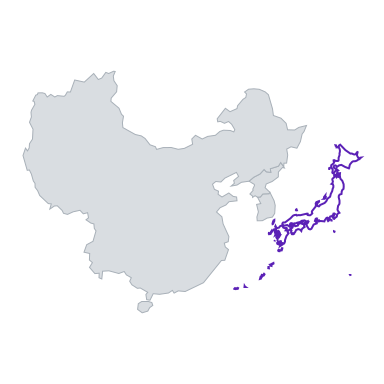 Japan highlighted, orthographic projection
{"feature_id": "JPN", "entity_name": "Japan", "entity_type": "country or territory", "adm_level": 0, "iso_a3": "JPN", "parent_name": "Asia", "parent_adm1": "", "projection": "orthographic", "projection_center": [135.292, 34.888], "detail": "fine", "context": "with_neighbors", "style": "outline", "palette": "violet", "viewbox_px": 384, "rotation_deg": 0, "n_neighbors": 3, "source": "natural_earth", "source_scale": "50m", "svg_char_len": 9398}
<svg xmlns="http://www.w3.org/2000/svg" viewBox="0 0 384 384"><path d="M280.7,162.5L284.4,168.0L282.5,167.5L278.4,172.0L278.3,176.9L272.3,181.4L266.2,184.0L265.1,187.7L269.9,192.3L269.0,193.9L262.8,194.2L260.4,197.2L257.6,197.3L255.1,195.7L252.6,197.4L252.6,196.1L249.9,194.0L253.1,190.4L252.8,189.1L254.5,185.5L254.3,184.4L249.0,181.2L253.8,177.2L260.0,174.0L264.1,169.5L266.3,171.8L270.8,172.4L270.3,168.7L278.4,166.2L280.7,162.5Z" fill="#d9dde1" stroke="#a8b0b8" stroke-width="1"/><path d="M257.6,197.3L260.4,197.2L262.8,194.2L269.0,193.9L269.9,192.3L274.1,200.8L275.2,205.4L274.7,213.4L272.4,217.1L267.1,218.1L262.4,220.7L257.2,220.8L256.9,217.0L258.4,211.9L256.6,204.4L260.8,203.6L257.6,197.3Z" fill="#d9dde1" stroke="#a8b0b8" stroke-width="1"/><path d="M142.2,312.8L137.6,309.4L138.3,303.7L141.7,301.5L148.4,301.5L151.8,302.5L152.8,305.4L149.7,307.6L147.8,311.1L142.2,312.8ZM65.3,95.4L67.3,91.9L70.4,92.0L74.7,80.0L84.3,82.1L93.7,73.5L98.3,79.5L101.7,78.1L105.8,72.4L108.7,73.5L113.7,71.2L115.2,71.5L113.3,76.0L113.9,80.7L117.2,85.7L116.6,91.8L111.2,98.1L110.9,101.4L119.0,108.2L121.5,114.3L123.5,116.2L122.4,122.8L122.9,127.6L135.3,134.5L141.3,135.9L145.1,138.5L150.0,144.8L155.4,146.7L156.6,149.4L163.1,147.6L171.2,147.5L178.2,149.3L184.3,148.4L192.6,144.3L191.8,139.0L195.5,135.3L202.2,139.0L207.7,136.4L215.4,135.3L219.8,131.5L223.5,130.2L230.3,130.5L233.8,131.9L234.8,129.6L231.6,124.2L228.5,121.5L224.5,123.3L220.4,121.4L217.7,121.8L217.2,118.8L225.4,108.3L230.0,111.7L237.0,108.6L237.6,105.7L243.0,99.3L245.8,97.5L246.5,93.9L244.6,92.0L248.6,89.2L253.9,88.8L259.3,89.3L265.2,91.9L268.4,94.7L272.5,108.8L273.4,115.5L281.0,118.2L286.1,123.3L287.6,129.8L294.7,130.0L298.8,127.4L306.5,125.5L304.0,131.6L302.1,134.1L300.4,141.6L296.9,148.2L291.0,146.8L286.7,149.1L287.7,155.0L286.6,163.1L283.9,163.2L283.8,166.7L280.7,162.5L278.4,166.2L270.3,168.7L270.8,172.4L266.3,171.8L264.1,169.5L260.0,174.0L253.8,177.2L249.0,181.2L241.4,182.3L237.1,185.0L231.1,186.1L234.4,183.3L233.7,180.5L238.6,176.4L236.4,172.4L224.9,178.1L220.9,182.0L215.8,181.5L212.5,184.2L214.4,189.3L218.5,191.2L218.1,194.3L222.0,197.0L228.8,193.0L233.2,196.4L236.6,197.0L237.0,200.8L229.0,201.7L225.9,205.0L220.1,207.7L216.5,212.0L221.9,216.8L223.1,223.9L228.9,236.6L228.2,241.7L224.3,243.1L225.3,247.0L228.5,249.6L224.8,260.3L221.4,260.5L203.5,282.7L185.2,291.5L178.2,290.9L174.1,293.1L172.4,290.4L168.5,293.0L159.6,294.3L153.2,293.7L150.0,300.2L146.7,299.7L145.9,294.5L147.7,292.3L140.3,288.0L137.3,288.3L131.9,284.8L129.7,281.3L131.3,277.7L126.4,274.9L124.2,271.5L118.8,273.5L108.9,270.8L102.6,271.2L101.8,279.0L99.0,277.7L99.2,273.2L94.9,273.6L89.5,267.4L92.4,262.6L89.4,260.0L89.7,253.5L84.0,252.2L86.7,244.7L93.0,241.3L96.0,230.9L94.3,228.4L93.9,223.9L90.9,223.1L86.0,219.8L88.5,217.8L87.6,212.7L83.3,213.8L80.0,210.3L73.2,211.8L67.5,214.4L63.5,213.3L62.2,210.5L57.3,205.8L54.4,206.0L49.8,209.1L51.3,203.9L48.3,203.6L39.7,195.5L37.6,190.6L35.1,187.3L35.0,183.4L33.3,180.9L31.4,174.1L29.4,170.0L27.2,170.3L23.0,155.5L25.5,148.1L27.5,150.9L29.2,147.9L29.5,143.7L32.5,139.1L33.0,129.2L29.5,122.3L31.4,117.0L31.0,112.3L31.6,110.1L34.9,104.3L34.1,101.4L32.8,101.0L35.8,95.1L37.4,94.6L38.0,92.9L42.3,92.8L44.9,93.5L47.2,97.0L50.8,94.4L54.8,97.0L57.4,95.6L64.1,96.3L65.3,95.4Z" fill="#d9dde1" stroke="#a8b0b8" stroke-width="1"/><path d="M338.8,173.4L340.0,173.2L339.8,175.3L340.2,177.9L340.4,178.7L342.3,180.8L343.6,184.2L343.7,186.7L343.5,188.9L342.3,190.0L341.7,191.5L341.5,194.0L339.6,194.6L338.8,195.9L338.7,197.3L339.5,200.6L339.5,203.1L339.4,203.9L338.1,205.9L337.5,209.4L337.8,210.6L339.4,212.8L338.1,213.4L337.1,214.5L336.9,216.2L336.6,216.8L335.0,217.9L334.2,218.9L333.8,218.8L333.5,218.5L333.8,218.1L333.6,216.1L335.0,214.0L334.4,213.5L333.5,213.6L333.2,214.8L332.5,215.4L332.7,216.0L333.1,216.5L332.8,217.2L331.6,216.2L330.3,216.4L329.7,217.3L329.5,219.5L328.9,220.5L328.1,221.1L327.7,220.5L327.8,218.6L328.4,218.2L327.3,217.6L326.5,217.9L324.7,220.4L324.4,221.4L320.7,221.0L317.9,221.6L319.2,220.7L319.1,220.3L317.7,220.3L317.3,219.9L317.2,220.7L316.8,220.6L316.7,218.9L316.9,218.5L316.4,218.4L315.7,218.8L314.9,221.0L316.9,222.7L316.8,223.4L313.7,224.5L311.4,228.8L310.1,229.4L308.7,228.9L306.8,225.7L306.6,223.8L307.8,222.9L308.5,221.5L308.1,221.2L306.3,221.4L304.6,220.4L301.7,220.8L300.1,222.0L297.1,222.7L295.3,223.5L294.6,223.3L292.5,223.9L291.2,223.1L290.6,223.3L290.1,223.9L289.5,226.6L287.2,225.0L284.2,225.7L283.3,225.1L282.4,225.4L282.4,223.4L283.1,222.5L285.1,222.4L290.4,218.4L293.0,215.7L294.3,215.1L296.2,214.8L296.8,215.5L298.2,215.1L300.3,215.2L307.1,213.6L307.6,213.7L307.4,214.7L307.9,215.1L310.0,215.3L311.2,214.5L312.3,213.4L311.8,211.9L312.1,211.0L315.6,206.6L315.9,205.1L315.7,203.4L316.4,202.1L319.0,201.1L319.1,201.7L316.7,203.9L317.2,204.6L317.4,205.9L318.7,206.4L319.2,206.3L320.1,205.0L324.6,203.0L326.3,201.2L327.6,198.6L330.1,196.7L330.8,193.9L332.2,191.1L332.7,188.7L333.3,187.4L333.4,185.9L332.9,184.3L331.6,183.9L332.4,183.2L332.9,181.5L332.3,179.6L332.5,178.7L334.1,177.4L334.3,176.2L334.1,175.2L334.5,174.7L335.8,174.9L336.2,176.9L336.5,177.4L337.5,176.5L338.5,176.9L339.0,176.1L339.0,174.6L338.7,174.4L336.7,175.2L336.6,174.4L337.2,172.6L338.8,173.4ZM350.4,153.6L351.8,153.5L353.8,154.4L354.9,154.5L355.7,154.0L357.8,151.4L357.0,154.7L357.0,155.4L357.3,156.1L358.6,158.4L359.3,158.5L360.2,157.7L361.0,157.6L360.0,158.4L359.5,159.2L358.7,159.3L356.7,160.7L355.3,161.2L353.1,161.3L352.0,162.0L350.2,164.1L349.6,165.4L349.2,167.8L348.9,168.4L345.0,166.9L341.4,164.9L339.2,165.3L337.1,166.8L335.6,165.4L334.4,165.5L333.8,166.3L333.7,167.3L334.8,168.4L335.9,168.4L338.2,170.5L337.4,171.0L335.7,170.5L333.8,173.1L333.2,173.4L332.6,173.1L332.3,172.4L332.8,170.0L332.4,169.0L331.2,167.6L331.2,165.5L331.4,165.0L332.5,164.3L334.0,162.7L334.2,162.1L333.7,161.3L333.6,160.3L334.1,160.1L335.8,160.9L337.5,161.0L338.3,160.8L338.6,160.2L338.6,157.7L339.6,155.0L339.5,153.4L339.9,151.8L339.9,150.2L339.5,148.7L338.7,147.3L339.0,145.5L340.2,144.7L345.4,150.1L350.4,153.6ZM283.2,227.5L284.9,228.3L286.2,227.8L286.8,228.2L286.9,228.9L285.8,230.4L287.9,230.6L287.6,231.6L288.2,232.1L287.9,232.6L288.5,233.3L286.4,236.1L285.0,240.1L285.0,241.6L284.2,243.4L282.6,243.1L282.4,243.5L282.7,244.4L280.2,246.0L280.9,244.2L280.5,242.1L281.0,241.8L280.9,241.2L280.2,241.1L279.6,242.1L279.4,243.2L280.0,244.2L279.7,244.8L277.4,243.9L277.1,243.1L278.0,242.8L278.2,241.8L277.5,240.6L277.6,238.3L278.8,237.5L280.4,234.8L279.6,234.5L280.0,234.0L279.9,233.3L279.0,231.4L278.2,230.8L277.6,231.2L277.8,233.0L278.6,233.1L278.7,234.1L278.1,234.3L277.0,233.6L275.3,234.9L275.7,233.8L274.9,232.7L274.9,231.4L275.7,232.6L276.7,233.0L276.2,231.8L274.4,230.2L274.6,229.4L276.0,229.6L275.9,228.8L278.0,227.8L279.1,227.6L279.9,226.3L281.2,225.7L282.6,226.1L283.2,227.5ZM302.4,224.0L304.0,224.2L304.2,226.8L304.5,227.0L302.4,228.5L301.6,229.7L301.3,231.0L300.0,229.6L298.1,229.1L296.0,230.1L295.2,232.0L294.4,232.7L294.2,233.7L293.1,234.3L292.2,234.2L292.6,233.2L291.4,233.1L291.4,232.5L291.0,232.1L291.5,230.5L290.9,230.2L291.0,229.5L288.7,230.1L292.4,227.7L293.2,225.6L294.1,225.0L295.2,226.2L295.6,226.1L297.8,225.6L298.2,224.8L298.0,224.0L298.6,224.0L300.0,223.3L300.7,223.2L302.4,224.0ZM263.9,275.4L261.4,276.6L261.6,277.4L260.9,277.9L260.9,278.6L260.0,278.9L260.6,276.6L262.0,275.6L261.7,275.4L261.8,274.9L263.0,275.2L264.0,273.8L264.5,274.3L263.9,275.4ZM324.6,198.8L323.9,198.8L324.2,198.6L324.4,197.8L324.0,197.6L324.0,197.1L325.3,195.4L325.1,197.0L325.8,197.1L325.4,198.2L324.6,198.8ZM271.9,264.6L271.3,265.6L270.1,264.7L273.4,263.0L273.5,263.6L271.9,264.6ZM277.7,236.6L276.5,237.6L276.3,237.2L276.6,236.9L276.4,236.5L276.7,235.3L277.6,235.2L277.7,236.6ZM305.7,223.8L305.0,224.4L304.5,224.3L304.1,223.7L305.1,222.5L306.1,222.0L305.5,223.0L305.7,223.8ZM279.6,251.2L278.5,251.1L278.2,250.3L278.9,249.7L279.8,250.3L279.9,250.5L279.6,251.2ZM274.3,221.0L273.6,222.6L273.1,222.1L273.5,220.5L274.3,220.0L274.3,221.0ZM281.7,250.4L281.1,250.4L281.1,250.0L282.4,247.4L282.3,248.7L281.7,250.4ZM268.9,233.0L269.9,233.2L270.2,234.0L269.0,234.2L268.8,233.8L268.9,233.0ZM273.0,223.9L272.6,224.1L272.5,223.7L272.8,222.5L273.4,222.8L273.0,223.9ZM235.6,289.1L234.3,288.9L234.3,288.7L235.0,288.1L235.9,288.6L235.6,289.1ZM296.9,210.3L296.2,210.4L295.9,210.1L296.0,209.6L296.5,209.3L296.9,210.3ZM271.3,232.7L270.9,231.9L271.7,230.7L272.0,231.7L271.3,232.7ZM238.4,287.3L237.8,288.8L237.2,288.9L236.9,288.2L237.7,288.1L238.4,287.3ZM268.9,268.3L268.3,268.2L268.4,267.0L268.7,267.0L268.9,268.3ZM337.4,147.4L336.5,147.4L336.5,147.0L337.0,146.8L337.4,147.4ZM278.8,236.1L278.3,236.1L278.0,235.8L278.8,235.3L279.3,235.5L278.8,236.1ZM329.4,169.0L329.2,169.0L329.1,168.2L329.8,167.9L329.4,169.0ZM289.9,225.9L290.5,226.2L291.2,226.1L290.7,226.6L289.9,226.4L289.9,225.9ZM336.0,145.4L335.9,146.6L335.5,145.3L336.0,145.4ZM273.9,230.2L273.2,230.5L273.8,229.5L274.4,229.3L273.9,230.2ZM245.6,287.0L244.5,287.0L244.6,286.0L244.9,286.5L245.6,287.0ZM275.9,226.7L275.5,226.9L275.2,226.7L275.5,225.9L275.9,226.7ZM302.5,222.1L301.8,222.8L301.4,222.1L302.2,222.0L302.5,222.1ZM271.0,265.8L270.5,265.7L270.3,265.1L270.7,265.2L271.0,265.8ZM331.6,220.2L331.6,220.5L331.3,220.5L331.1,219.9L331.6,220.2ZM275.1,240.3L274.5,241.3L274.6,240.8L275.1,240.3ZM291.9,224.4L291.9,225.0L291.4,224.9L291.9,224.4ZM334.4,231.8L334.0,231.6L334.0,231.3L334.5,231.5L334.4,231.8ZM350.5,275.0L350.6,275.7L350.2,275.0L350.5,275.0Z" fill="none" stroke="#5b21b6" stroke-width="2"/></svg>